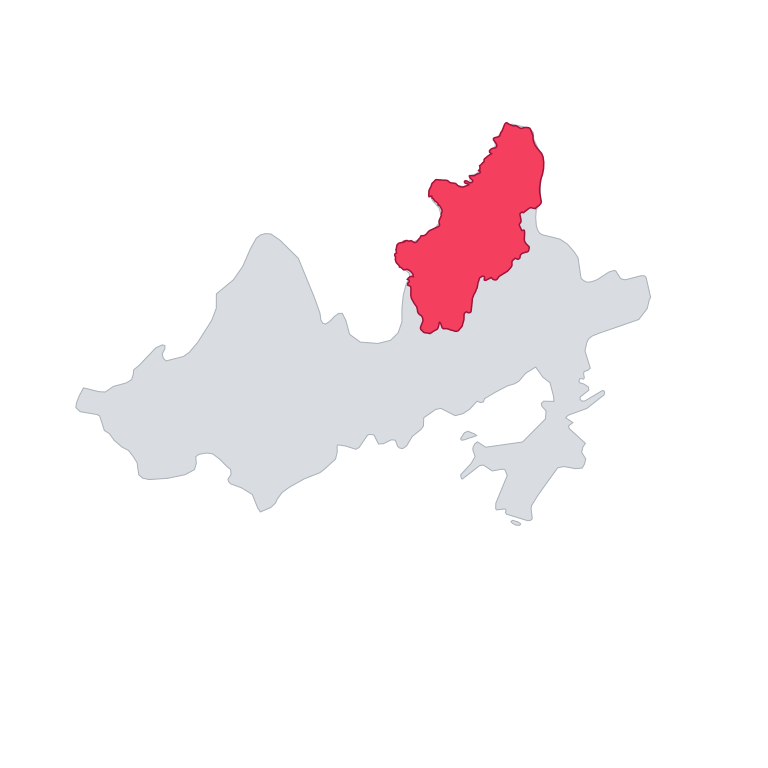 Tajikistan, with Khatlon highlighted, rotated 151°
{"feature_id": "TJK-367", "entity_name": "Khatlon", "entity_type": "Region", "adm_level": 1, "iso_a3": "TJK", "parent_name": "Tajikistan", "parent_adm1": "", "projection": "robinson", "projection_center": [69.268, 37.83], "detail": "fine", "context": "in_parent", "style": "filled", "palette": "rose", "viewbox_px": 768, "rotation_deg": 151, "n_neighbors": 0, "source": "natural_earth", "source_scale": "10m", "svg_char_len": 9091}
<svg xmlns="http://www.w3.org/2000/svg" viewBox="0 0 768 768"><g transform="rotate(151 384 384)"><path d="M131.5,531.5L134.4,525.2L135.7,503.9L139.3,496.6L150.0,483.4L155.6,473.4L161.9,465.3L166.4,462.5L170.6,456.1L174.0,448.7L175.0,444.1L174.7,440.5L173.5,438.1L159.9,425.4L155.8,417.5L153.6,407.4L153.1,400.3L160.4,380.9L159.3,377.7L157.2,374.7L153.0,372.8L146.9,371.9L133.1,372.9L127.8,371.8L126.5,370.6L125.9,361.8L124.5,359.8L122.3,358.1L106.8,354.1L103.7,352.3L103.1,350.1L108.8,330.5L111.2,329.0L117.2,322.4L129.9,316.9L171.7,324.2L178.6,325.0L183.2,324.3L186.4,322.0L192.1,315.7L195.9,297.8L199.3,297.1L202.8,298.0L204.4,296.3L205.9,292.1L207.3,291.6L209.8,293.8L212.4,291.8L212.0,290.0L209.2,287.1L206.7,282.5L207.8,279.3L218.6,277.5L219.8,275.8L219.4,273.3L216.6,271.8L196.0,272.4L194.8,270.9L195.4,269.1L196.9,267.8L218.4,264.3L238.1,267.4L241.5,266.4L237.5,258.6L242.9,257.9L243.6,255.2L236.6,234.4L240.4,232.6L244.2,228.5L243.9,220.7L247.3,216.9L251.4,214.4L257.4,217.0L266.7,224.6L272.7,226.5L302.9,212.3L313.9,206.1L315.8,203.7L319.6,194.3L321.7,193.7L324.5,194.7L340.0,210.7L340.0,212.8L338.4,214.4L338.7,216.0L346.7,219.4L346.7,220.9L344.0,225.5L320.6,244.2L319.8,250.3L321.7,252.2L331.4,255.4L336.4,265.0L340.0,266.2L361.8,262.9L362.0,264.5L361.0,267.4L346.2,272.3L339.5,276.4L338.1,283.8L336.3,285.9L333.3,287.7L330.3,288.1L325.7,279.4L290.9,266.1L259.7,275.2L255.3,281.9L256.7,288.0L255.9,290.7L252.7,291.6L243.8,286.4L241.7,290.9L238.2,304.6L241.8,313.0L243.1,325.3L255.0,324.7L264.7,321.0L269.6,320.9L277.1,322.5L290.3,322.8L303.3,322.4L305.7,320.1L308.5,320.9L311.0,323.8L321.6,320.3L329.4,319.8L337.1,321.8L346.1,335.1L350.9,336.7L365.6,335.2L369.9,328.1L373.7,326.3L384.8,324.4L394.2,318.9L398.9,318.4L401.3,320.3L402.3,322.8L401.4,329.4L404.5,331.6L413.6,332.1L417.9,334.2L417.5,344.4L421.3,347.0L423.3,347.2L436.5,340.6L440.2,340.5L447.8,348.5L453.8,353.1L455.2,352.4L457.8,347.3L462.8,341.8L477.6,338.3L483.1,337.5L499.8,339.7L516.8,339.6L525.8,338.5L533.0,335.2L536.6,332.5L542.6,330.9L554.2,332.0L554.6,336.6L552.7,351.2L558.9,362.2L566.6,371.1L567.3,374.1L566.6,376.5L562.0,378.8L560.4,381.3L559.7,384.1L561.2,387.3L564.1,397.7L567.6,405.8L572.5,409.6L579.9,412.2L583.9,411.7L586.6,405.6L591.3,401.0L601.8,401.1L619.0,406.4L635.8,414.3L640.7,418.6L642.5,423.5L638.1,434.9L638.5,442.2L639.7,449.9L643.6,455.6L647.3,465.5L648.2,473.6L651.1,478.9L648.2,493.9L649.8,496.4L663.2,507.1L664.9,512.8L662.1,516.5L657.0,520.9L648.7,526.3L636.8,515.3L631.6,512.1L621.8,513.1L609.0,509.9L602.6,510.2L598.6,514.0L596.0,517.8L589.5,518.9L565.9,526.3L558.9,525.7L557.0,523.7L558.5,521.1L563.4,517.8L564.5,513.7L563.5,509.9L546.1,505.3L539.0,506.1L526.6,510.8L503.9,523.2L494.0,531.5L486.9,544.1L465.3,548.1L450.5,555.4L435.2,567.1L425.1,573.4L420.2,574.3L415.2,573.2L410.2,570.1L405.3,560.2L398.0,535.5L402.9,493.8L405.7,476.9L408.1,470.9L408.2,466.9L406.0,464.8L401.4,465.0L394.3,467.2L389.3,467.6L386.3,466.1L386.5,458.3L390.0,444.1L384.4,432.1L369.6,422.4L357.1,419.0L346.8,421.9L338.2,429.7L331.2,442.2L324.0,452.4L316.5,460.3L309.4,465.6L308.3,469.0L312.3,479.5L312.1,488.4L307.6,495.6L302.6,499.0L297.2,498.7L292.9,497.0L289.6,494.0L281.0,493.2L266.9,494.6L257.2,498.2L252.0,504.0L250.5,511.6L252.7,521.1L251.6,528.4L243.6,536.4L240.7,537.1L234.6,532.8L225.2,523.3L218.7,518.1L215.2,517.4L211.1,518.9L208.8,522.9L205.7,524.0L201.5,523.1L197.6,524.0L195.2,527.0L188.6,530.6L177.1,534.6L170.7,538.9L169.6,543.5L167.9,545.5L164.3,544.8L153.8,551.0L145.9,549.1L137.0,541.0L132.0,534.4L131.5,531.5ZM343.7,299.0L337.3,302.4L333.5,302.0L328.5,295.7L328.0,293.9L341.0,296.3L343.4,297.2L343.7,299.0ZM339.6,202.2L337.5,202.4L333.6,198.3L332.2,195.4L333.8,194.6L337.1,196.6L339.3,200.1L339.6,202.2Z" fill="#d9dde1" stroke="#a8b0b8" stroke-width="1"/><path d="M133.1,530.1L133.4,528.8L134.8,526.2L135.7,523.2L136.1,520.1L135.8,516.4L134.4,509.4L134.7,505.8L136.8,500.4L139.9,495.2L143.7,490.6L147.6,487.1L152.9,480.0L155.0,476.0L158.1,467.0L159.4,465.8L161.7,465.0L165.1,464.6L166.2,464.3L166.5,464.0L168.5,465.5L169.2,466.3L170.3,467.2L172.1,467.3L177.6,466.5L178.9,466.2L179.2,466.4L179.5,466.7L179.7,467.1L179.9,467.4L180.3,467.5L180.8,467.5L182.1,467.1L182.6,466.9L183.0,466.3L184.2,462.3L184.9,460.5L185.8,459.2L188.1,458.2L188.4,457.9L188.6,457.3L188.8,455.6L188.9,453.6L189.1,452.0L189.1,451.6L188.7,451.3L187.6,451.0L187.1,450.8L186.9,450.5L186.9,450.0L187.0,449.6L188.1,447.3L191.2,442.5L191.4,441.9L191.6,441.4L191.8,440.4L191.8,439.3L191.7,437.9L191.5,437.0L190.6,434.0L190.6,433.6L190.7,433.1L191.0,432.7L192.1,431.3L193.4,430.2L194.0,430.1L194.7,430.1L197.3,430.8L199.8,431.2L200.3,431.2L201.0,431.1L202.0,430.6L202.5,430.3L202.9,429.9L203.7,428.7L204.1,428.4L204.5,428.2L205.0,428.1L205.8,428.0L206.4,428.2L206.9,428.5L208.0,430.2L208.8,430.3L211.5,429.7L212.0,429.5L212.5,429.2L213.1,428.5L213.4,427.9L214.3,426.1L214.6,425.7L214.9,425.4L216.4,424.5L221.2,422.8L231.1,422.3L234.4,420.8L234.7,420.7L235.1,420.7L235.7,420.8L236.2,421.1L236.8,421.4L237.2,421.8L237.5,422.2L238.0,422.8L238.1,423.3L238.2,423.5L238.5,425.1L244.4,425.3L245.1,425.6L245.8,426.1L245.8,426.5L245.6,426.9L245.4,427.3L244.7,427.9L244.4,428.4L244.3,428.9L244.7,429.9L245.1,430.3L245.8,430.6L246.6,430.5L247.9,430.6L248.6,430.5L249.1,430.2L249.9,429.6L250.8,428.6L252.3,427.3L253.6,426.0L254.0,425.2L254.3,424.8L254.7,424.5L255.0,424.2L255.7,423.1L256.0,422.8L257.4,422.0L257.7,421.8L258.3,421.2L258.5,420.9L260.2,419.7L262.1,418.6L265.4,415.8L266.0,414.7L272.6,405.3L273.0,405.0L273.5,404.8L274.5,404.9L275.0,405.0L275.4,405.2L275.8,405.5L276.3,406.2L276.5,406.6L276.7,406.9L277.2,407.2L277.8,407.2L279.1,406.9L279.7,406.5L280.2,406.1L282.9,401.5L287.2,397.2L287.8,396.6L288.2,396.4L291.6,395.2L292.7,394.7L293.7,394.6L295.0,394.9L296.1,395.5L296.7,396.1L297.2,396.8L299.8,399.2L300.7,400.4L302.3,402.0L304.2,403.0L305.3,403.6L305.8,404.9L305.7,406.1L305.3,408.1L305.1,410.1L305.3,410.9L305.5,411.1L305.9,410.9L307.9,408.5L309.8,406.7L310.2,406.4L310.8,406.2L311.5,406.1L314.9,406.2L319.2,405.8L319.6,406.0L320.0,406.3L320.2,406.6L320.6,407.0L323.5,409.1L323.8,409.4L324.1,409.8L324.3,410.2L324.6,411.0L324.9,412.4L325.4,413.8L325.1,415.1L324.3,416.2L319.4,420.2L318.4,422.3L318.1,424.2L318.2,425.3L318.3,425.9L318.9,426.6L319.1,427.2L319.4,428.0L319.7,429.5L319.6,430.3L319.5,431.0L318.7,433.0L318.1,435.1L318.0,435.9L318.1,436.5L318.3,437.9L318.5,440.4L318.5,445.3L318.3,446.4L317.4,448.9L314.4,454.0L313.6,455.9L313.7,456.9L314.2,457.6L315.4,459.1L315.1,459.3L314.7,459.8L314.4,460.6L313.6,460.9L312.7,461.0L312.2,461.3L312.0,462.1L311.9,462.9L312.2,463.6L312.8,464.3L311.1,464.9L309.4,465.2L307.8,464.9L306.3,463.7L305.5,465.9L305.8,468.6L306.8,471.2L308.1,473.0L308.9,473.4L311.3,474.1L311.8,474.8L312.0,476.1L312.5,477.2L313.1,478.2L313.8,478.8L313.4,479.8L313.6,481.0L314.3,483.6L314.4,484.9L314.2,485.6L314.0,486.3L313.8,487.4L312.9,488.7L312.6,489.0L312.3,489.3L312.3,490.0L312.4,490.8L312.3,491.3L311.9,492.0L311.4,492.5L311.1,492.5L309.8,492.5L309.6,492.5L308.6,495.1L308.4,495.9L307.9,496.1L305.4,499.2L303.3,500.0L301.1,499.6L299.0,498.8L297.0,498.5L297.4,499.2L295.2,498.8L294.5,498.5L294.3,498.3L293.8,497.9L293.6,497.4L293.2,496.9L292.3,496.7L290.7,496.2L289.9,494.9L289.3,493.5L288.1,492.5L286.4,492.5L283.3,493.9L281.9,494.3L281.1,494.7L280.4,495.3L279.6,495.7L278.9,495.3L278.3,494.9L276.7,494.4L276.2,494.3L274.4,494.6L271.3,495.8L269.7,496.1L259.8,495.3L258.4,495.9L257.1,499.6L255.6,501.0L252.4,503.3L252.1,503.7L251.7,504.8L251.4,505.2L250.8,505.7L249.8,506.4L249.4,506.9L249.0,508.3L248.8,509.9L248.9,513.3L249.0,513.6L249.7,513.8L249.9,514.1L249.9,514.6L249.7,514.8L249.4,515.1L249.4,515.9L249.5,516.7L249.8,517.5L250.1,518.1L250.8,519.4L251.2,522.4L251.8,523.2L251.2,525.1L252.5,525.6L253.8,525.9L253.6,527.0L251.1,531.1L249.9,532.2L247.0,534.0L245.8,535.3L245.0,536.0L244.2,536.3L243.9,536.4L242.2,536.7L240.8,537.4L239.3,537.5L232.5,533.0L232.1,532.9L230.5,531.8L229.8,531.1L228.5,528.0L227.2,526.9L225.6,525.9L224.1,524.6L223.1,521.4L221.9,519.9L220.5,518.6L219.0,517.8L214.1,517.2L213.8,517.1L213.4,517.0L213.2,517.3L213.6,518.3L214.1,518.9L215.2,519.7L215.6,520.1L215.8,521.4L215.4,522.2L214.6,522.4L213.6,521.9L212.6,520.7L212.0,519.3L211.2,518.2L209.6,517.8L208.0,518.3L207.8,519.3L208.6,521.9L208.8,523.8L208.5,524.6L207.7,524.6L205.0,522.9L204.1,522.5L203.2,522.4L201.7,522.6L198.8,522.2L197.5,522.2L196.7,523.2L197.1,523.5L197.3,523.9L197.7,525.0L196.1,525.2L195.2,526.5L194.8,527.9L194.5,528.6L193.2,528.7L190.5,529.6L189.0,529.8L188.6,530.1L187.6,531.8L187.0,532.2L186.2,532.3L182.8,533.0L178.3,533.3L179.3,535.4L178.8,536.7L177.4,537.4L175.5,537.6L174.1,537.3L172.7,536.7L171.3,536.6L169.9,537.6L169.3,539.0L169.4,540.8L169.9,544.5L169.1,545.8L167.4,545.7L164.4,544.8L162.5,545.0L161.1,546.1L160.0,547.3L158.6,547.8L157.7,548.4L152.9,552.4L152.2,552.8L151.3,553.2L150.7,553.2L150.4,553.2L149.7,552.7L149.4,552.0L149.1,551.2L148.6,550.5L146.2,547.5L145.5,547.0L143.8,546.1L143.0,545.4L141.9,543.6L141.1,542.1L140.1,541.0L136.8,540.2L135.0,539.3L133.4,538.2L132.5,537.0L132.4,535.7L133.1,530.1Z" fill="#f43f5e" stroke="#9f1239" stroke-width="1.5"/></g></svg>